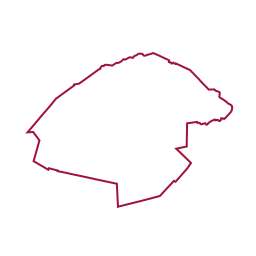 the district of Nava, Coahuila, Mexico, rotated 14°
{"feature_id": "50627088B13414539887729", "entity_name": "Nava", "entity_type": "district", "adm_level": 2, "iso_a3": "MEX", "parent_name": "Mexico", "parent_adm1": "Coahuila", "projection": "orthographic", "projection_center": [-100.575, 28.492], "detail": "fine", "context": "isolated", "style": "outline", "palette": "rose", "viewbox_px": 256, "rotation_deg": 14, "n_neighbors": 0, "source": "geoboundaries", "source_scale": "gbopen_adm2", "svg_char_len": 3433}
<svg xmlns="http://www.w3.org/2000/svg" viewBox="0 0 256 256"><g transform="rotate(14 128 128)"><path d="M31.6,156.5L33.6,155.8L33.8,155.8L36.9,154.8L44.8,161.2L45.1,161.4L45.0,163.2L45.0,164.8L44.4,183.0L46.4,183.6L48.4,184.2L48.6,184.2L49.2,184.4L53.2,185.6L53.7,185.7L57.7,186.9L60.8,187.8L60.9,186.2L61.1,186.2L64.3,186.2L70.2,186.3L70.2,186.9L71.5,186.8L78.4,186.5L82.9,186.4L89.4,186.2L90.4,186.1L90.8,186.1L91.4,186.1L91.8,186.1L92.2,186.1L92.8,186.1L93.2,186.0L93.6,186.0L94.1,186.0L94.7,186.0L94.8,186.0L97.5,185.9L99.4,185.8L99.8,185.8L100.4,185.8L100.6,185.8L101.4,185.8L101.8,185.8L102.2,185.7L102.4,185.7L102.7,185.7L102.9,185.7L103.7,185.7L104.4,185.7L104.9,185.7L105.7,185.6L106.0,185.6L106.3,185.6L106.8,185.6L107.0,185.6L107.8,185.6L108.9,185.6L110.0,185.5L110.5,185.5L111.6,185.5L111.8,185.5L121.4,185.1L130.7,184.8L137.3,206.8L154.2,197.8L157.6,196.0L175.3,186.3L176.2,184.8L179.8,178.2L185.4,168.1L187.1,168.7L188.9,165.3L192.3,158.7L195.3,152.9L197.6,146.7L179.8,136.4L184.9,133.9L188.1,132.4L189.5,131.7L188.1,126.2L187.6,123.9L184.2,109.2L193.4,105.4L193.8,106.1L194.4,106.2L196.0,105.7L197.0,106.1L197.4,106.6L198.8,106.5L200.0,105.6L201.7,104.7L203.0,105.7L203.7,105.7L204.3,105.1L204.4,104.4L205.8,102.5L207.6,100.7L209.6,99.3L209.9,98.8L210.4,98.8L211.3,99.4L212.4,98.5L213.8,98.5L214.2,99.1L215.3,99.1L216.3,97.6L216.2,96.7L216.0,96.2L216.9,95.7L218.7,96.0L219.0,96.1L219.2,95.7L219.6,95.2L220.0,94.7L220.3,94.4L220.6,94.1L220.7,93.8L220.8,93.2L220.9,92.9L221.0,92.7L221.6,91.9L222.3,90.7L223.1,89.2L223.6,88.1L224.1,87.1L224.2,86.9L224.2,86.7L224.3,85.7L224.3,85.1L224.4,84.5L224.4,83.9L224.4,83.6L224.3,83.4L223.9,82.7L223.7,82.0L223.7,81.8L223.6,81.7L222.9,81.1L221.8,80.6L221.1,80.4L220.6,80.3L219.2,80.0L218.5,79.6L217.7,79.1L215.6,78.1L214.4,77.7L212.7,77.1L211.6,76.8L210.7,76.6L210.0,76.3L209.5,75.9L209.1,75.6L209.0,75.2L209.0,74.5L208.9,73.9L208.7,73.2L208.7,72.9L208.5,71.8L208.5,71.5L208.4,71.3L208.2,71.2L207.9,71.1L205.4,70.7L204.1,70.6L203.9,70.6L203.2,70.1L202.7,70.0L202.5,69.9L202.4,69.7L197.0,71.2L194.6,69.6L191.6,67.8L186.7,64.7L184.9,63.4L180.1,60.5L179.1,59.8L178.6,59.5L178.2,59.3L177.5,58.8L175.9,57.9L174.3,56.8L172.2,56.4L169.0,55.8L168.7,55.7L168.3,55.6L167.5,55.5L167.0,55.4L165.6,55.1L162.6,54.5L162.3,54.5L161.8,54.4L161.5,54.3L161.2,54.3L161.0,54.2L160.8,54.2L160.3,54.1L160.1,54.1L159.8,54.0L159.6,54.0L159.3,53.9L158.8,53.8L158.8,54.3L158.5,54.3L158.2,54.2L157.9,54.3L157.3,54.2L157.2,54.2L156.5,54.1L156.4,54.0L156.2,53.7L155.8,54.1L155.5,54.3L155.4,54.4L155.2,54.5L154.8,54.8L154.7,54.6L154.7,54.4L154.4,54.5L154.1,54.3L153.7,54.2L153.7,54.4L153.3,54.3L151.9,54.1L151.7,54.1L151.7,53.4L151.6,52.7L151.5,52.4L145.6,51.2L145.3,51.2L140.5,50.2L134.2,49.2L133.8,49.6L132.3,50.5L130.8,51.4L128.7,52.5L127.3,53.7L125.5,53.9L124.3,52.7L123.5,52.6L122.7,52.8L120.3,53.4L118.5,55.4L116.7,56.7L116.4,57.3L115.8,58.7L113.2,58.8L112.2,59.2L111.8,59.6L109.0,62.1L108.2,62.4L107.1,62.3L105.4,64.9L104.5,65.8L103.2,67.0L101.0,67.6L99.7,69.0L97.5,71.3L92.8,71.7L91.3,72.0L91.1,72.0L89.9,72.7L89.7,73.3L89.4,73.8L89.2,73.8L88.4,73.9L87.9,74.0L87.7,74.2L87.6,74.3L87.2,75.1L87.0,75.3L86.7,76.1L86.8,77.3L85.5,78.2L76.1,89.4L69.7,96.9L69.4,97.0L68.2,97.5L65.1,98.9L65.5,99.7L60.9,105.2L56.3,110.7L52.8,114.9L51.5,116.4L51.2,116.6L51.1,116.8L49.3,120.7L47.8,123.9L45.5,128.6L43.7,132.1L42.9,133.5L42.6,134.1L37.4,144.8L31.6,156.5Z" fill="none" stroke="#9f1239" stroke-width="2"/></g></svg>